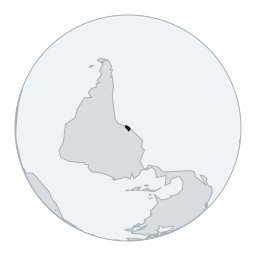 the Earth from above Ica, rotated 165°
{"feature_id": "PER-589", "entity_name": "Ica", "entity_type": "Department", "adm_level": 1, "iso_a3": "PER", "parent_name": "Peru", "parent_adm1": "", "projection": "orthographic", "projection_center": [-75.673, -14.21], "detail": "fine", "context": "on_globe", "style": "filled", "palette": "ink", "viewbox_px": 256, "rotation_deg": 165, "n_neighbors": 0, "source": "natural_earth", "source_scale": "10m", "svg_char_len": 5941}
<svg xmlns="http://www.w3.org/2000/svg" viewBox="0 0 256 256"><g transform="rotate(165 128 128)"><circle cx="128" cy="128" r="113" fill="#eef3f6" stroke="#a8b0b8"/><path d="M99.9,18.9L104.3,18.3L106.0,17.8L109.4,17.5L112.6,17.0L112.8,17.3L115.2,16.6L114.4,16.5L115.2,16.3L117.0,16.1L117.6,16.3L116.7,16.4L117.9,16.4L117.4,16.6L118.7,16.4L119.2,16.8L121.4,16.1L124.0,16.3L123.6,16.7L120.1,17.0L110.6,19.8L109.1,21.0L110.5,21.9L120.6,22.7L120.4,24.0L122.8,25.6L124.5,24.5L123.3,23.0L127.1,21.7L125.1,20.3L126.4,19.7L125.8,18.5L129.7,18.4L133.8,19.1L134.5,20.3L136.3,20.8L138.7,19.7L143.0,22.2L150.9,24.9L151.6,25.8L147.4,27.0L139.6,26.6L134.1,29.5L141.6,27.6L143.1,30.4L145.0,31.0L147.2,30.9L148.1,29.9L149.4,31.1L142.6,33.1L141.3,32.1L143.5,31.3L139.8,31.3L135.2,33.3L136.4,34.9L128.2,37.2L128.9,38.5L127.6,39.9L127.0,37.6L127.9,42.0L118.5,47.6L119.6,56.6L114.4,49.8L109.9,49.3L104.6,49.9L104.6,51.3L97.5,51.1L91.0,55.0L88.7,62.7L91.1,68.2L99.1,67.5L101.5,63.9L107.3,62.7L103.2,72.2L113.4,72.8L112.4,80.1L115.3,83.8L120.4,82.6L125.7,84.3L129.5,79.9L135.5,77.5L135.7,83.5L139.0,78.1L142.4,81.0L154.4,81.3L153.5,82.6L163.6,90.6L174.3,94.9L176.8,99.8L175.6,102.5L179.2,103.8L179.3,105.7L193.6,111.0L200.7,117.4L200.3,124.3L194.0,131.2L187.5,147.7L176.0,151.8L172.5,158.7L162.6,168.5L155.7,167.0L157.2,172.6L152.9,175.6L148.2,175.5L147.0,179.3L143.6,179.2L145.6,182.0L139.5,186.8L140.7,191.1L136.1,195.2L137.0,197.7L135.5,197.6L133.7,198.5L133.4,199.9L128.9,197.4L128.1,191.7L130.1,188.9L128.0,188.4L132.3,181.2L129.9,182.6L131.3,171.9L135.0,163.3L138.2,139.0L135.9,134.3L127.4,128.9L117.1,112.3L120.0,105.5L117.7,102.5L125.1,93.1L123.1,84.9L120.5,83.8L117.8,87.0L108.8,82.3L105.6,76.5L78.1,70.5L75.3,68.2L75.5,63.7L67.6,52.2L70.5,63.9L67.1,62.1L64.7,58.3L66.4,56.8L65.3,51.1L62.5,49.9L63.4,43.4L71.3,34.5L72.0,35.2L73.8,33.3L73.1,32.5L72.1,32.5L77.3,27.6L76.6,27.8L84.1,24.3L91.9,21.3L99.9,18.9ZM23.1,88.1L23.9,85.8L23.7,86.6L23.1,88.1ZM24.2,84.8L23.9,85.5L24.1,85.0L24.2,84.8ZM24.1,84.7L24.2,84.8L24.1,84.7ZM24.0,84.9L24.1,84.7L24.0,84.8L24.0,84.9ZM119.1,59.8L130.8,64.2L124.2,64.9L125.4,64.0L122.4,62.1L116.9,60.6L111.1,62.0L119.1,59.8ZM24.2,84.3L24.4,83.9L24.1,84.5L24.2,84.4L24.2,84.3ZM124.2,54.4L122.2,54.1L124.2,54.0L124.2,54.4ZM71.3,32.8L72.8,32.7L72.7,33.9L71.2,34.1L71.3,32.8ZM71.9,31.1L73.2,30.5L71.1,32.1L71.9,31.1ZM123.7,18.6L124.7,18.6L124.3,18.8L123.7,18.6ZM122.5,18.3L121.2,18.6L120.5,18.5L121.2,18.3L122.5,18.3ZM124.1,17.9L119.3,18.3L118.0,18.2L119.8,17.3L124.1,17.9ZM113.3,16.6L114.3,16.7L111.8,16.9L113.3,16.6ZM109.4,16.9L108.9,17.0L110.9,16.7L111.6,16.8L102.8,18.4L102.3,18.3L105.4,17.7L103.9,18.0L109.4,16.9ZM115.3,16.2L113.6,16.4L113.0,16.4L116.3,16.0L115.5,16.1L115.3,16.2ZM116.5,16.0L118.1,15.8L120.0,15.7L116.9,16.0L116.5,16.0ZM111.5,16.6L111.4,16.6L112.5,16.4L111.5,16.6ZM127.7,15.5L125.6,15.5L125.2,15.5L127.7,15.5ZM118.6,15.7L118.5,15.8L117.8,15.8L117.6,15.8L118.6,15.7ZM125.1,15.4L125.4,15.4L125.9,15.4L119.5,15.7L119.4,15.7L125.1,15.4ZM136.3,202.6L129.2,198.3L133.3,200.3L136.4,198.1L140.0,201.4L136.3,202.6ZM145.4,197.3L148.8,196.4L149.6,197.2L147.3,198.0L145.4,197.3ZM210.6,51.4L214.6,56.5L213.8,56.4L210.8,53.8L203.4,45.4L206.0,46.7L203.4,44.3L198.3,40.1L199.2,40.8L210.6,51.4ZM220.0,193.0L221.0,190.9L223.7,186.9L228.3,178.1L235.8,158.1L238.2,150.4L239.4,143.7L240.1,127.5L240.1,120.0L239.7,116.1L239.1,115.8L238.3,111.3L237.7,110.6L231.9,109.2L228.5,102.9L220.4,86.1L220.3,80.7L217.3,74.0L213.8,56.4L216.3,58.7L217.1,59.1L221.7,65.5L225.9,72.3L229.6,79.4L232.8,86.7L235.4,94.2L237.6,101.9L239.1,109.7L240.2,117.6L240.6,125.6L240.5,133.5L239.8,141.5L238.6,149.3L236.8,157.1L234.5,164.7L231.6,172.2L228.2,179.4L224.3,186.3L220.0,193.0ZM218.8,65.9L219.8,67.7L218.8,65.9ZM154.8,81.3L156.2,82.5L154.3,82.4L154.8,81.3ZM123.3,67.2L125.7,67.3L127.0,68.1L125.1,68.5L123.3,67.2ZM143.9,67.4L146.7,68.0L143.8,68.3L143.9,67.4ZM132.6,64.8L141.7,67.2L136.0,68.7L130.3,67.4L134.2,66.9L132.6,64.8ZM123.1,57.5L124.7,57.8L124.2,58.8L123.1,57.5ZM125.7,54.4L125.1,54.5L124.3,53.7L125.7,54.4ZM143.5,30.2L144.1,30.1L146.3,30.4L145.3,30.8L143.5,30.2ZM155.8,29.2L157.7,31.1L155.7,29.9L154.7,30.6L149.1,29.2L151.7,26.2L151.5,27.7L155.8,29.2ZM142.4,27.0L145.7,27.9L142.0,27.0L142.4,27.0ZM190.5,34.3L191.3,34.8L191.5,35.1L188.6,33.2L187.7,32.5L188.4,32.9L190.5,34.3ZM196.1,38.3L195.8,38.1L195.1,37.5L196.1,38.3ZM194.1,36.8L193.3,36.3L193.0,36.0L194.1,36.8ZM170.1,23.5L167.4,22.6L164.3,21.4L165.6,21.8L170.1,23.5ZM128.3,16.6L127.0,16.7L126.8,16.5L127.8,16.3L128.3,16.6ZM126.7,15.5L134.1,16.2L132.9,16.3L138.6,17.0L137.7,17.6L134.0,17.0L137.6,18.2L134.0,17.9L136.8,18.8L128.7,17.5L125.6,17.5L129.4,17.2L130.3,16.6L129.7,16.4L125.8,15.9L119.5,16.1L119.4,15.8L121.0,15.6L122.5,15.5L122.1,15.7L124.4,15.5L124.9,15.6L126.7,15.5ZM157.9,19.4L155.4,19.4L156.0,20.3L158.0,21.7L153.3,20.7L148.4,19.0L144.1,17.4L144.2,16.8L142.1,16.7L141.5,16.4L143.4,16.6L140.0,16.2L136.8,15.7L147.5,17.1L157.9,19.4Z" fill="#d9dde1" stroke="#a8b0b8" stroke-width="1"/><path d="M129.1,130.4L128.9,130.3L128.9,130.2L129.0,130.2L128.9,130.1L128.7,129.9L128.5,129.7L128.4,129.6L128.3,129.4L128.2,129.3L128.0,129.2L127.9,129.2L127.7,129.0L127.6,128.9L127.5,128.7L127.4,128.6L127.3,128.4L127.2,128.4L127.1,128.2L127.0,127.9L126.9,127.9L126.9,128.0L126.8,127.9L126.8,127.7L126.8,127.4L126.7,127.4L126.7,127.2L126.8,127.2L126.8,127.3L126.9,127.2L127.0,127.0L127.0,126.9L127.0,126.7L127.0,126.3L126.9,126.3L127.0,126.2L127.4,125.8L127.4,125.7L127.5,125.6L127.8,125.7L128.0,125.6L128.0,125.8L127.9,125.8L127.9,126.0L127.8,126.3L128.0,126.4L128.2,126.5L128.3,126.5L128.2,126.8L128.3,126.9L128.2,127.1L128.3,127.2L128.2,127.2L128.2,127.3L128.3,127.4L128.5,127.5L128.8,127.6L129.0,127.8L129.1,128.0L129.1,128.3L129.1,128.5L129.2,128.8L129.3,128.8L129.4,128.7L129.5,128.7L129.5,128.8L129.7,129.0L129.8,129.2L129.8,129.3L129.9,129.5L129.4,130.0L129.2,130.2L129.1,130.4L129.1,130.4ZM126.5,127.3L126.5,127.2L126.5,127.3Z" fill="#0f172a" stroke="#020617" stroke-width="1.5"/></g></svg>